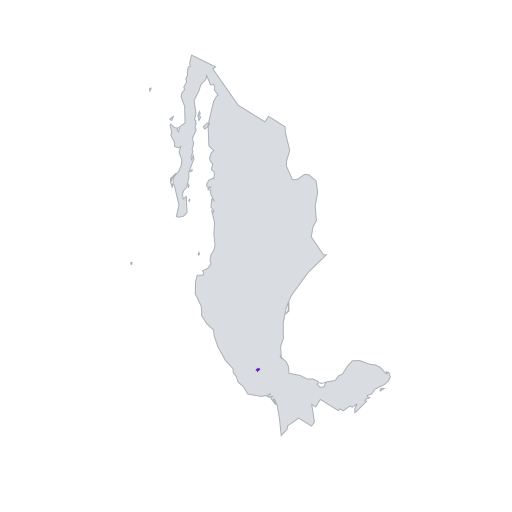 San Pablo Huitzo, Oaxaca, Mexico shown in context, rotated 32°
{"feature_id": "50627088B10333117144156", "entity_name": "San Pablo Huitzo", "entity_type": "district", "adm_level": 2, "iso_a3": "MEX", "parent_name": "Mexico", "parent_adm1": "Oaxaca", "projection": "equal_earth", "projection_center": [-96.911, 17.316], "detail": "fine", "context": "in_parent", "style": "filled", "palette": "violet", "viewbox_px": 512, "rotation_deg": 32, "n_neighbors": 0, "source": "geoboundaries", "source_scale": "gbopen_adm2", "svg_char_len": 4206}
<svg xmlns="http://www.w3.org/2000/svg" viewBox="0 0 512 512"><g transform="rotate(32 256 256)"><path d="M95.0,119.8L121.6,117.1L120.2,120.2L161.1,137.6L192.4,137.5L192.7,130.9L212.1,131.0L215.4,135.7L228.6,148.5L231.6,159.3L234.0,163.5L246.6,172.1L250.7,168.8L254.0,160.9L257.9,159.1L267.1,160.5L274.6,169.3L279.6,182.1L288.4,193.9L288.9,201.3L292.8,210.5L312.4,219.2L315.0,217.8L309.0,241.8L306.9,270.6L307.8,276.8L313.0,285.2L311.9,289.7L312.2,285.2L307.9,278.0L309.3,284.6L314.5,298.3L322.9,311.4L324.8,319.6L330.8,328.0L329.1,327.8L332.5,329.8L331.5,328.6L337.7,329.7L342.2,332.6L346.1,338.0L356.7,333.9L364.4,333.3L369.6,330.1L375.0,329.4L376.1,330.6L375.7,332.3L380.1,333.5L383.1,330.8L382.3,326.5L380.8,327.6L381.2,326.7L389.2,319.5L389.6,313.6L391.9,310.3L391.9,300.8L393.3,293.8L399.4,289.7L410.2,287.5L414.9,285.1L420.2,284.6L428.9,287.0L429.6,285.5L427.3,285.4L430.3,284.3L433.9,287.4L434.6,291.6L432.9,297.2L427.4,305.8L427.3,311.6L424.5,315.1L425.0,316.4L427.5,315.9L424.9,319.5L425.0,321.0L426.8,320.5L423.5,335.0L422.6,336.3L420.7,333.0L420.2,327.6L417.8,333.2L415.1,333.6L412.0,341.1L408.2,341.1L407.9,343.5L386.6,343.5L386.6,352.3L381.8,352.2L393.5,365.8L393.2,370.8L378.1,370.9L372.8,383.4L374.3,386.5L372.5,394.9L361.5,380.7L352.7,371.1L347.3,367.5L346.7,368.4L351.7,371.7L343.9,368.8L344.4,366.5L342.4,367.5L341.1,365.4L339.7,367.6L342.3,368.7L338.4,369.2L334.6,372.4L322.3,377.4L314.4,373.4L307.8,372.5L303.3,368.7L298.8,367.2L296.0,363.6L285.2,360.7L271.7,353.1L263.0,346.1L259.3,341.2L250.3,339.6L241.7,335.5L236.3,327.7L224.5,320.2L218.4,309.8L216.4,303.4L221.2,300.4L220.5,297.7L218.4,296.9L221.6,292.1L222.0,286.3L219.5,284.4L217.1,278.6L217.3,273.4L215.7,268.8L208.9,260.1L203.1,249.5L193.9,240.5L196.5,242.2L196.8,240.3L191.8,238.3L188.3,231.2L190.9,231.4L183.7,226.6L182.8,224.3L180.0,225.1L179.6,224.1L181.7,221.3L178.1,223.4L176.1,221.4L175.8,216.8L178.5,212.6L179.4,213.4L177.7,209.2L175.5,206.5L172.4,206.6L170.5,200.9L166.8,199.7L164.6,197.3L163.3,192.3L164.4,189.1L157.8,187.6L146.9,171.8L146.4,168.1L144.7,166.9L138.2,147.5L137.8,141.6L138.7,139.7L132.5,137.2L131.2,134.1L129.2,133.1L126.8,134.9L118.5,129.1L119.9,132.8L118.4,140.0L120.0,145.8L121.0,156.8L129.3,166.6L131.8,173.2L133.2,172.9L133.7,174.9L135.0,175.1L136.1,179.4L138.5,180.7L139.6,189.7L143.9,194.2L145.2,199.3L147.3,200.9L148.6,207.0L150.4,208.5L149.5,203.9L151.9,206.5L154.5,220.4L157.2,224.4L160.8,234.5L160.1,238.7L160.8,242.5L164.0,246.2L165.3,242.5L174.5,255.7L173.5,260.6L169.6,264.3L167.5,264.7L163.8,253.8L149.2,239.2L147.9,239.4L145.0,234.9L144.5,231.8L145.6,225.0L144.5,218.6L142.4,214.0L135.4,208.4L134.2,202.9L132.7,205.3L129.0,206.3L126.4,202.6L119.8,198.8L118.9,195.6L114.1,191.0L113.7,189.4L118.9,190.3L122.0,189.0L121.9,190.4L124.4,191.9L123.6,188.3L122.4,188.0L125.3,180.7L116.1,166.8L108.2,160.8L106.9,157.8L107.2,152.7L105.3,151.0L104.9,145.2L102.5,142.8L102.3,139.4L99.1,134.0L98.6,131.5L99.8,129.8L97.5,127.6L95.0,119.8ZM146.4,172.0L145.4,175.5L142.8,174.4L144.1,169.0L145.7,168.5L146.4,172.0ZM135.8,171.3L132.2,167.5L131.4,163.5L133.2,164.8L133.6,167.0L135.5,167.6L135.8,171.3ZM432.9,304.7L432.0,303.5L432.4,301.8L434.9,300.4L432.9,304.7ZM145.0,239.4L142.4,235.7L144.3,228.1L143.6,234.9L145.0,239.4ZM112.4,186.0L110.3,185.5L111.9,181.5L112.7,184.5L112.4,186.0ZM78.7,172.9L77.1,170.4L77.6,169.3L78.2,169.3L78.7,172.9ZM147.3,239.5L148.8,242.4L145.5,239.6L147.3,239.5ZM207.2,284.5L206.8,285.7L206.0,285.2L205.6,283.1L207.2,284.5ZM161.9,231.8L162.5,234.1L160.8,231.2L161.9,231.8ZM155.9,216.6L156.8,217.6L155.3,219.7L155.9,216.6ZM155.0,329.0L154.3,329.3L153.3,328.4L154.2,327.1L155.0,329.0ZM378.7,329.5L376.8,330.0L380.0,328.7L378.7,329.5ZM170.6,244.9L169.6,244.7L169.6,242.5L170.6,244.9Z" fill="#d9dde1" stroke="#a8b0b8" stroke-width="1"/><path d="M317.0,351.8L317.0,352.3L317.2,352.2L317.3,352.2L317.5,352.2L317.8,352.1L318.0,352.1L318.2,352.3L318.2,352.2L318.3,352.2L318.3,352.3L318.3,352.2L318.5,351.8L318.7,350.8L318.8,350.3L318.7,350.3L318.4,350.3L318.3,350.2L318.2,350.4L318.2,350.5L318.1,350.8L317.9,351.1L317.8,351.3L317.8,351.5L317.8,351.8L317.7,351.8L317.4,351.8L317.2,351.8L317.1,351.7L317.1,351.8L317.0,351.8Z" fill="#8b5cf6" stroke="#5b21b6" stroke-width="1.5"/></g></svg>